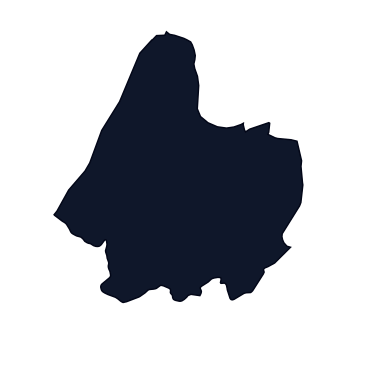 SVG path tracing the border of Foggia, rotated 299°
{"feature_id": "ITA-5404", "entity_name": "Foggia", "entity_type": "Province", "adm_level": 1, "iso_a3": "ITA", "parent_name": "Italy", "parent_adm1": "", "projection": "robinson", "projection_center": [15.34, 41.5], "detail": "fine", "context": "isolated", "style": "filled", "palette": "ink", "viewbox_px": 384, "rotation_deg": 299, "n_neighbors": 0, "source": "natural_earth", "source_scale": "10m", "svg_char_len": 2585}
<svg xmlns="http://www.w3.org/2000/svg" viewBox="0 0 384 384"><g transform="rotate(299 192 192)"><path d="M105.3,82.4L109.8,83.2L133.9,83.2L158.5,88.3L167.9,88.5L202.1,83.2L235.9,84.9L288.1,79.1L305.5,83.2L305.7,83.6L311.6,85.2L315.9,92.2L319.7,92.0L319.0,96.0L320.6,100.9L322.4,110.3L322.6,113.6L322.6,118.0L320.8,120.9L317.2,125.0L312.9,128.7L309.1,130.3L304.9,131.5L301.3,134.5L295.8,140.7L288.4,146.2L267.3,156.3L262.1,162.8L260.3,172.4L261.3,182.6L264.6,191.2L269.1,197.1L274.8,202.2L277.0,203.6L275.5,204.3L271.7,207.8L270.5,209.7L274.9,212.0L289.9,225.6L289.8,226.6L281.5,230.1L279.2,230.4L279.6,238.2L280.3,241.0L285.7,253.3L287.3,259.2L272.4,272.7L267.2,274.9L253.7,284.1L251.9,285.5L235.6,292.3L231.9,292.8L199.3,291.1L196.5,292.3L194.1,294.4L192.1,297.0L190.6,301.3L191.4,304.9L170.0,298.7L163.5,294.6L160.9,292.5L159.7,292.1L158.8,292.1L158.1,292.7L156.9,293.9L154.8,294.1L135.1,292.9L133.6,292.5L132.5,292.0L130.2,288.3L129.0,287.0L128.4,286.5L118.7,280.9L117.5,279.9L117.1,279.2L116.9,278.4L117.1,277.6L117.5,276.8L123.5,270.4L124.8,269.4L126.8,267.7L127.4,267.0L127.8,266.3L128.1,265.5L128.0,264.4L126.5,262.2L126.2,261.4L126.6,260.8L129.3,260.0L130.0,259.6L130.6,259.1L130.9,258.5L130.6,257.5L129.9,256.0L127.7,253.2L126.4,251.9L125.2,251.1L121.2,249.8L114.2,246.0L112.5,245.5L111.7,245.9L110.1,247.9L109.4,248.5L108.4,248.8L107.6,249.0L105.2,249.1L102.0,240.7L99.6,238.7L97.3,238.3L94.4,237.3L92.0,236.0L91.0,235.0L90.3,233.7L89.3,230.3L89.1,229.0L89.2,227.8L89.7,227.0L90.3,226.3L91.0,225.8L91.7,225.3L92.2,224.7L92.6,223.9L92.8,223.1L93.2,222.3L93.8,221.7L95.5,221.0L96.1,220.5L96.6,219.7L96.7,218.2L96.1,212.5L95.6,210.7L94.9,209.6L90.5,207.6L89.5,206.7L88.5,205.5L86.0,201.9L84.9,201.1L81.0,199.8L75.5,197.1L74.5,196.5L64.3,187.9L62.0,185.3L61.9,184.4L61.9,183.4L62.0,182.3L62.6,179.1L62.8,176.9L62.8,175.9L61.6,168.2L61.4,164.6L61.5,162.6L61.8,161.4L62.3,160.5L62.9,159.8L64.2,158.6L65.0,158.1L65.9,157.8L66.8,157.7L67.9,157.9L77.2,161.5L78.1,161.6L79.2,161.5L80.3,160.8L82.7,158.8L84.5,156.4L85.7,155.3L86.8,154.6L88.7,154.0L89.5,153.6L90.3,153.0L92.9,150.0L95.3,148.2L97.3,146.0L98.1,145.3L98.9,144.8L102.7,143.9L104.5,143.3L105.5,142.7L108.1,140.7L108.4,139.7L108.1,139.1L107.1,138.8L102.3,138.2L101.2,137.9L100.3,137.5L99.5,137.0L99.0,136.4L98.5,135.7L97.8,134.1L97.4,131.9L97.6,128.5L97.4,127.5L97.0,126.4L96.8,124.9L96.9,122.2L98.1,119.5L98.5,117.8L98.7,116.5L97.7,112.5L97.6,111.0L97.6,108.1L97.8,106.6L98.3,105.4L100.3,102.6L102.9,98.0L103.4,96.5L103.6,94.3L103.6,92.9L105.0,83.1L105.3,82.4Z" fill="#0f172a" stroke="#020617" stroke-width="1.5"/></g></svg>